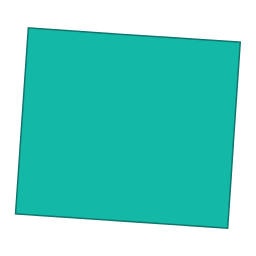 outline of Tama, Iowa, United States of America, rotated 94°
{"feature_id": "52423323B19470112440240", "entity_name": "Tama", "entity_type": "district", "adm_level": 2, "iso_a3": "USA", "parent_name": "United States of America", "parent_adm1": "Iowa", "projection": "robinson", "projection_center": [-92.546, 42.08], "detail": "fine", "context": "isolated", "style": "filled", "palette": "teal", "viewbox_px": 256, "rotation_deg": 94, "n_neighbors": 0, "source": "geoboundaries", "source_scale": "gbopen_adm2", "svg_char_len": 269}
<svg xmlns="http://www.w3.org/2000/svg" viewBox="0 0 256 256"><g transform="rotate(94 128 128)"><path d="M221.5,234.2L221.0,21.6L174.1,21.7L127.7,21.9L34.5,22.0L34.7,64.3L35.1,150.0L35.1,234.4L221.5,234.2Z" fill="#14b8a6" stroke="#0f766e" stroke-width="1.5"/></g></svg>